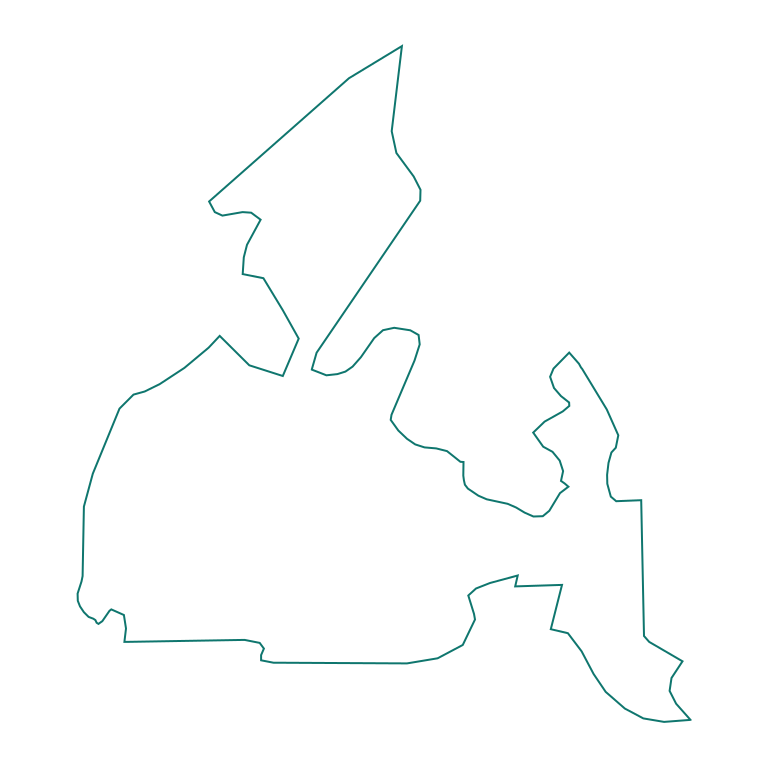 SVG path tracing the border of Maguindanao
{"feature_id": "PHL-2576", "entity_name": "Maguindanao", "entity_type": "Province", "adm_level": 1, "iso_a3": "PHL", "parent_name": "Philippines", "parent_adm1": "", "projection": "orthographic", "projection_center": [124.466, 7.153], "detail": "fine", "context": "isolated", "style": "outline", "palette": "teal", "viewbox_px": 768, "rotation_deg": 0, "n_neighbors": 0, "source": "natural_earth", "source_scale": "10m", "svg_char_len": 1960}
<svg xmlns="http://www.w3.org/2000/svg" viewBox="0 0 768 768"><path d="M242.7,274.1L243.8,257.3L247.0,244.8L260.6,219.7L251.2,212.7L242.6,212.1L222.4,215.6L214.8,212.1L209.1,201.5L209.2,201.4L349.0,78.2L401.9,46.1L391.7,131.2L396.4,153.0L413.7,176.5L420.5,189.8L420.2,200.7L316.6,352.7L311.8,369.4L311.8,369.6L320.8,373.1L326.4,375.3L337.4,374.1L345.4,371.6L347.3,370.3L352.6,366.6L360.9,357.2L374.2,338.1L383.0,330.2L394.2,327.8L410.3,330.3L418.6,335.0L419.7,344.4L414.5,360.6L391.5,414.8L390.7,419.9L398.3,430.5L407.0,438.8L415.2,444.4L424.5,447.4L436.2,448.4L447.0,451.1L460.4,461.8L463.5,462.0L463.3,475.6L463.9,480.2L464.9,484.7L467.9,488.6L478.4,495.7L486.7,499.3L507.6,503.8L516.1,507.5L524.6,512.6L533.4,516.5L542.8,516.2L549.3,510.8L560.0,493.1L568.4,486.7L564.7,483.5L561.0,480.9L563.1,471.1L559.7,460.6L552.5,451.8L543.2,446.7L533.2,432.6L544.6,421.6L562.8,411.4L569.3,405.9L569.1,402.5L561.0,396.1L554.0,388.0L550.1,376.8L553.5,368.6L569.2,352.6L579.0,363.8L581.0,367.5L582.1,368.8L606.8,409.5L618.3,435.3L615.8,447.7L611.4,452.5L608.5,462.9L607.1,474.8L607.3,483.8L610.8,496.6L616.2,501.2L641.2,500.2L644.0,636.0L649.2,641.9L682.5,661.3L671.5,678.0L669.6,690.9L676.1,703.7L690.4,719.8L690.2,719.9L664.1,721.9L643.3,718.4L624.9,708.6L605.7,691.9L593.6,674.0L581.6,651.3L567.9,633.2L550.8,629.2L562.0,584.9L515.2,586.4L517.7,575.5L490.0,583.0L476.0,588.5L468.3,595.5L474.0,613.9L475.0,619.5L462.8,644.9L462.7,645.0L437.6,658.3L407.0,663.4L273.4,662.7L261.1,660.3L261.1,655.1L263.9,648.6L259.7,642.9L244.6,639.9L125.8,641.9L124.4,641.9L126.0,628.5L123.9,615.0L111.3,609.4L109.5,610.8L102.3,621.2L98.4,623.9L96.6,622.7L95.4,620.1L93.3,618.7L88.6,616.9L83.9,612.2L80.0,606.4L77.8,600.8L77.6,593.6L81.5,581.5L82.6,576.1L83.9,506.6L92.8,473.7L119.5,408.6L133.5,394.6L144.7,391.5L159.7,384.1L184.4,367.9L208.6,347.7L219.7,335.9L249.3,365.3L282.8,376.0L298.7,338.6L282.8,310.2L263.4,278.2L242.7,274.1Z" fill="none" stroke="#0f766e" stroke-width="2"/></svg>